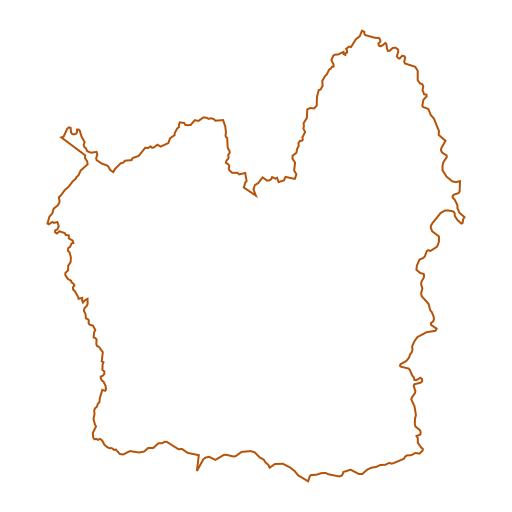 the district of Nova Monte Verde, Mato Grosso, Brazil
{"feature_id": "56859067B49038615674906", "entity_name": "Nova Monte Verde", "entity_type": "district", "adm_level": 2, "iso_a3": "BRA", "parent_name": "Brazil", "parent_adm1": "Mato Grosso", "projection": "natural_earth1", "projection_center": [-57.251, -9.927], "detail": "fine", "context": "isolated", "style": "outline", "palette": "amber", "viewbox_px": 512, "rotation_deg": 0, "n_neighbors": 0, "source": "geoboundaries", "source_scale": "gbopen_adm2", "svg_char_len": 5938}
<svg xmlns="http://www.w3.org/2000/svg" viewBox="0 0 512 512"><path d="M416.9,265.6L419.5,259.5L423.1,258.1L424.8,256.5L426.7,251.3L428.2,250.1L430.3,251.0L436.6,247.0L437.8,245.0L439.0,241.3L438.9,236.4L432.2,231.3L430.7,227.6L431.0,225.6L432.4,223.2L440.6,213.0L444.7,210.7L447.6,210.4L453.2,211.4L454.6,213.0L454.8,215.9L457.4,220.0L461.4,223.6L462.6,222.9L463.2,219.2L464.5,217.1L459.6,213.0L457.4,208.1L457.5,205.7L456.7,203.6L454.5,199.4L452.9,197.9L452.5,196.3L453.6,194.8L458.5,193.1L459.6,191.6L460.0,181.2L455.9,182.1L452.4,181.4L446.6,176.7L442.5,170.2L442.5,165.9L443.4,162.1L446.8,157.1L446.6,155.5L442.0,152.5L440.9,150.1L441.4,148.0L445.5,140.8L438.6,134.8L439.0,131.2L433.9,118.5L430.9,115.2L428.3,109.0L423.2,107.0L422.3,105.8L423.4,99.8L426.7,96.3L426.4,94.6L424.2,94.4L422.5,90.1L423.3,86.4L422.3,84.2L420.0,83.4L417.7,80.2L417.7,70.8L415.2,66.8L404.8,63.4L404.2,61.6L405.2,57.7L404.3,56.2L402.1,55.8L399.6,58.6L398.1,58.0L396.8,56.3L398.2,52.0L398.1,49.5L395.5,47.7L392.7,48.0L389.6,50.8L387.9,50.9L387.0,48.7L386.4,44.1L385.4,43.0L382.2,45.6L380.2,46.3L378.8,45.5L378.4,43.4L380.2,41.8L380.3,40.1L379.0,38.0L375.0,37.8L365.2,35.1L364.4,33.8L364.3,31.9L362.0,30.7L359.7,36.3L355.8,39.3L351.0,47.1L349.1,46.5L346.1,48.9L347.0,50.4L347.1,52.5L345.6,53.2L345.3,54.9L343.6,54.1L343.5,51.9L338.0,54.5L334.8,54.7L333.3,55.7L331.4,60.1L333.5,64.3L333.6,66.6L331.9,66.8L331.0,68.5L329.3,69.4L326.7,74.5L325.1,76.0L322.3,80.8L322.6,85.8L320.5,89.6L318.8,90.0L317.0,96.6L316.7,105.6L314.1,108.5L310.3,108.0L307.3,109.4L306.8,118.1L303.6,123.2L303.9,126.2L303.4,128.5L305.1,132.1L302.4,137.4L302.8,139.7L301.7,140.9L300.0,140.8L298.4,143.2L298.7,145.8L297.1,149.0L296.4,152.8L292.7,155.6L292.4,158.5L295.1,162.7L294.1,170.4L296.4,174.4L294.8,178.9L285.5,176.9L283.9,180.4L278.6,182.1L277.0,177.8L275.4,178.6L272.1,177.1L271.2,179.2L269.2,180.4L267.2,180.6L262.6,177.4L258.2,183.1L254.8,185.2L253.5,189.3L255.8,195.6L243.8,187.5L245.4,182.3L246.6,181.0L245.2,173.0L239.1,174.4L237.5,172.8L232.2,172.8L229.3,170.2L228.7,168.2L229.4,166.3L228.6,164.6L225.9,162.8L226.5,160.5L228.2,158.8L228.6,157.1L228.2,154.9L229.7,152.7L229.4,150.4L228.1,148.9L227.6,146.3L227.2,138.1L225.9,136.8L225.5,134.9L226.0,132.7L225.3,126.6L223.1,120.1L215.3,120.7L213.7,119.0L211.0,118.3L208.5,118.8L206.8,117.8L203.4,117.4L198.5,120.9L194.8,120.2L190.6,125.0L187.0,125.2L185.2,124.8L184.1,122.9L179.8,122.4L178.9,124.9L179.0,127.0L177.1,128.6L174.7,133.1L174.6,135.1L170.1,138.2L168.3,143.1L160.6,146.6L157.5,144.7L153.7,147.5L152.2,147.8L150.6,146.4L148.2,148.0L145.2,147.8L138.7,155.9L132.6,158.1L131.6,160.1L125.0,160.7L123.5,162.5L120.7,163.3L115.1,168.8L113.3,172.1L110.1,169.9L108.3,166.5L107.0,165.4L102.2,163.8L96.7,160.2L96.1,158.3L97.3,154.6L96.6,151.9L91.1,152.7L87.2,151.2L85.9,148.3L84.4,147.1L83.6,145.0L84.6,142.2L81.4,136.2L79.8,130.7L78.6,129.5L77.0,129.6L77.1,131.5L76.3,133.6L74.2,134.4L72.3,134.1L71.1,132.5L70.6,127.8L68.8,127.4L67.1,128.9L63.7,136.5L61.3,137.4L85.2,155.3L85.0,158.1L87.2,161.4L87.6,164.3L80.6,170.6L78.5,175.3L76.5,177.0L75.9,178.6L72.8,181.3L68.4,187.0L64.9,189.9L60.8,195.5L58.8,197.2L59.6,201.2L59.2,203.0L57.8,205.3L53.6,208.7L52.4,213.3L49.4,216.7L47.5,223.5L48.7,224.3L52.4,222.0L54.0,222.9L57.3,222.0L58.8,226.2L57.3,229.4L55.3,230.3L55.0,232.2L56.9,233.5L59.4,231.3L64.6,233.0L65.7,234.9L68.8,235.4L68.9,238.4L72.7,240.6L73.4,243.0L71.6,243.4L70.1,246.8L68.4,247.9L67.9,249.6L68.2,251.2L69.5,252.2L70.9,257.5L70.6,262.1L68.2,265.6L68.1,270.3L65.4,272.9L65.3,275.1L67.9,279.0L71.0,280.7L71.5,282.3L73.4,283.7L74.4,285.5L73.0,287.1L73.1,289.6L74.8,291.1L78.3,297.2L78.5,298.8L82.2,297.9L82.1,300.5L83.0,302.5L84.1,301.0L87.5,298.8L87.6,304.0L86.7,306.0L84.4,308.2L83.9,310.7L85.5,314.0L85.9,318.3L88.4,319.6L88.9,321.2L88.5,322.8L89.6,324.7L92.9,325.6L95.3,330.0L94.2,332.1L93.6,337.4L95.4,338.1L96.6,339.6L96.3,343.9L97.0,346.0L99.0,346.9L102.8,352.2L101.7,361.4L103.5,362.3L102.6,364.3L102.4,369.9L104.3,371.4L104.4,373.8L102.8,375.7L100.7,376.6L100.9,378.8L101.9,380.6L103.5,381.6L105.6,386.0L106.0,389.6L105.1,390.8L102.3,389.9L99.8,398.2L99.4,402.3L98.0,403.5L96.8,406.8L94.8,408.5L94.2,410.8L94.5,414.2L93.5,418.9L94.9,424.4L96.0,426.5L92.8,432.9L93.2,437.5L94.4,439.3L96.3,438.9L98.0,439.9L99.8,438.9L101.4,439.8L102.9,441.6L104.2,444.5L107.1,447.1L109.3,448.1L111.7,448.1L114.1,449.9L115.8,449.5L119.8,454.0L123.2,454.5L129.9,451.1L139.2,452.5L144.1,451.6L148.2,448.0L153.2,448.0L158.4,443.3L162.1,443.2L164.4,441.9L166.7,441.8L178.4,449.2L182.1,449.0L187.6,452.9L198.8,455.2L196.9,471.0L203.4,459.2L205.5,457.6L209.1,456.8L215.3,459.9L223.9,454.9L226.2,454.8L233.7,456.5L235.6,456.2L241.5,451.9L250.7,451.1L254.8,452.4L259.8,457.5L263.7,459.6L265.3,462.2L268.4,464.9L269.6,467.7L275.0,464.0L282.9,463.8L290.3,467.6L294.7,471.1L298.1,475.3L308.1,481.3L309.7,476.5L310.8,475.1L316.6,474.7L321.0,473.2L325.3,472.9L328.9,474.4L339.2,476.4L341.4,475.8L342.5,474.6L343.4,472.0L350.6,469.7L358.8,474.0L362.3,474.0L367.1,469.7L371.4,467.7L376.1,467.0L380.3,465.0L385.2,464.8L389.2,462.9L391.5,463.7L393.6,463.1L403.9,458.8L405.2,456.6L407.0,455.4L411.2,455.2L415.4,453.0L419.6,453.6L422.6,450.6L422.8,448.9L421.0,447.3L417.9,442.9L417.8,438.1L416.5,436.0L420.4,434.5L420.7,432.3L420.1,430.3L415.5,426.6L414.8,424.0L415.0,418.6L415.9,415.4L415.5,412.4L414.5,406.2L411.3,399.5L412.0,397.2L415.0,393.1L415.4,391.1L413.7,386.1L414.3,384.3L420.8,382.6L422.2,381.3L422.0,379.0L420.4,377.8L416.1,380.2L414.3,379.8L413.9,377.5L412.2,375.5L409.7,369.7L408.5,368.5L401.2,366.8L400.0,365.9L400.5,364.2L406.3,361.0L408.9,357.8L410.2,354.3L411.8,352.1L412.5,349.3L412.1,346.4L414.6,340.9L417.5,337.0L426.6,332.2L435.5,330.8L436.6,328.6L431.2,325.1L430.9,323.2L433.2,321.3L433.9,319.6L433.7,316.7L431.8,312.1L430.3,310.4L428.5,303.8L421.7,296.2L421.1,293.5L422.4,288.3L421.1,284.5L421.5,281.6L423.7,277.8L424.1,275.9L423.7,273.9L420.2,273.0L416.4,269.8L416.9,265.6Z" fill="none" stroke="#b45309" stroke-width="2"/></svg>